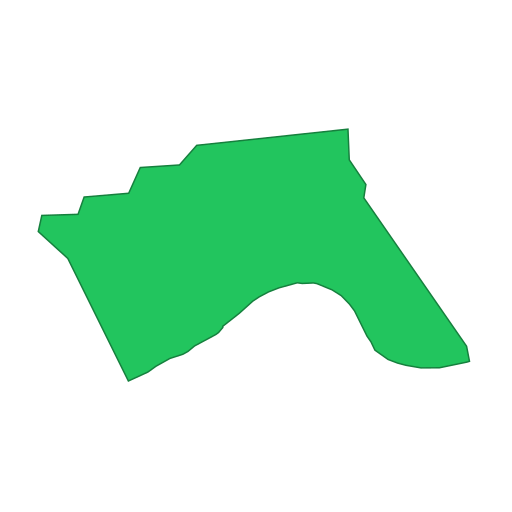 Carroll, Kentucky, United States of America, rotated 183°
{"feature_id": "52423323B55040990829980", "entity_name": "Carroll", "entity_type": "district", "adm_level": 2, "iso_a3": "USA", "parent_name": "United States of America", "parent_adm1": "Kentucky", "projection": "equal_earth", "projection_center": [-85.147, 38.671], "detail": "fine", "context": "isolated", "style": "filled", "palette": "green", "viewbox_px": 512, "rotation_deg": 183, "n_neighbors": 0, "source": "geoboundaries", "source_scale": "gbopen_adm2", "svg_char_len": 778}
<svg xmlns="http://www.w3.org/2000/svg" viewBox="0 0 512 512"><g transform="rotate(183 256 256)"><path d="M321.0,363.4L337.2,342.9L376.2,338.3L386.4,312.0L430.7,305.9L435.9,288.3L472.0,285.3L474.7,269.0L443.8,243.7L376.9,124.5L357.8,134.5L350.1,140.7L336.6,149.2L323.8,154.1L319.0,157.1L312.6,163.0L292.0,175.5L289.4,177.6L285.4,182.9L285.5,184.1L269.6,198.0L256.8,210.8L250.6,215.4L241.6,220.8L231.4,225.4L213.4,231.4L208.4,231.0L197.2,232.1L193.7,231.6L181.5,227.3L178.3,226.2L168.7,220.8L160.1,212.8L154.7,206.3L140.9,181.7L136.7,176.3L132.3,168.2L118.7,159.6L109.1,156.5L100.5,154.7L85.4,152.9L66.9,154.0L39.8,161.1L37.3,162.0L41.0,176.9L151.4,319.7L150.0,333.1L167.9,356.9L170.8,387.5L218.1,379.9L321.0,363.4Z" fill="#22c55e" stroke="#15803d" stroke-width="1.5"/></g></svg>